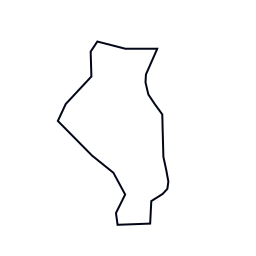 the district of Eunpyeong-gu, Seoul, South Korea, rotated 313°
{"feature_id": "91817680B53616587081026", "entity_name": "Eunpyeong-gu", "entity_type": "district", "adm_level": 2, "iso_a3": "KOR", "parent_name": "South Korea", "parent_adm1": "Seoul", "projection": "natural_earth1", "projection_center": [126.934, 37.609], "detail": "fine", "context": "isolated", "style": "outline", "palette": "ink", "viewbox_px": 256, "rotation_deg": 313, "n_neighbors": 0, "source": "geoboundaries", "source_scale": "gbopen_adm2", "svg_char_len": 508}
<svg xmlns="http://www.w3.org/2000/svg" viewBox="0 0 256 256"><g transform="rotate(313 128 128)"><path d="M50.1,186.4L73.2,209.4L90.4,194.9L93.9,195.8L103.4,198.3L110.3,198.3L116.3,194.1L123.3,184.7L131.0,173.6L144.0,160.8L150.9,154.0L160.0,145.1L161.3,143.8L163.8,131.0L166.4,120.0L173.3,109.7L179.4,104.6L205.2,95.6L205.9,95.3L184.1,71.9L170.3,46.6L158.4,48.6L140.7,66.1L103.1,66.1L85.3,71.9L83.3,120.6L85.3,147.9L77.4,171.3L57.6,177.2L50.1,186.4Z" fill="none" stroke="#020617" stroke-width="2"/></g></svg>